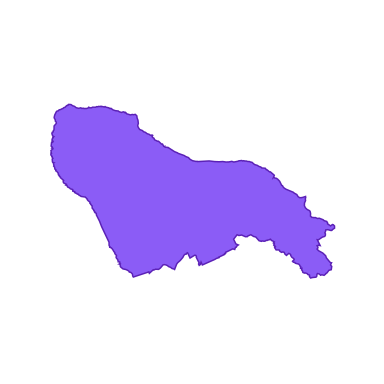 the district of Yankalilla, South Australia, Australia, rotated 64°
{"feature_id": "25037944B56627334914518", "entity_name": "Yankalilla", "entity_type": "district", "adm_level": 2, "iso_a3": "AUS", "parent_name": "Australia", "parent_adm1": "South Australia", "projection": "natural_earth1", "projection_center": [138.318, -35.494], "detail": "fine", "context": "isolated", "style": "filled", "palette": "violet", "viewbox_px": 384, "rotation_deg": 64, "n_neighbors": 0, "source": "geoboundaries", "source_scale": "gbopen_adm2", "svg_char_len": 6002}
<svg xmlns="http://www.w3.org/2000/svg" viewBox="0 0 384 384"><g transform="rotate(64 192 192)"><path d="M285.0,78.8L283.3,79.4L282.8,80.0L283.2,82.3L280.1,84.1L279.4,83.7L277.5,83.8L275.7,85.8L274.4,86.3L271.9,88.6L271.3,89.2L270.9,90.7L268.9,92.5L268.5,93.8L267.9,94.3L267.4,95.4L265.6,96.1L263.2,94.8L261.4,94.4L260.4,94.5L258.1,96.2L255.9,97.0L253.6,97.0L251.2,95.7L249.5,93.7L247.7,93.1L247.0,92.3L245.8,91.9L245.4,94.7L244.9,96.5L244.2,97.8L242.7,98.7L240.2,98.9L238.0,100.5L236.6,101.1L230.7,106.3L228.9,107.4L227.2,107.9L226.0,107.9L225.3,108.5L220.8,108.5L218.2,109.3L216.7,110.1L215.8,111.4L214.6,112.0L214.7,112.4L213.1,110.7L212.7,110.8L208.3,112.7L207.9,113.5L205.0,114.8L204.6,115.4L202.8,115.7L201.0,118.7L199.7,119.2L198.4,120.6L196.7,121.6L194.8,123.7L191.4,125.2L191.2,125.9L189.9,126.9L188.9,128.7L187.9,129.7L187.4,130.9L186.6,131.7L186.3,132.9L185.5,133.5L184.5,136.3L184.5,137.2L183.4,141.3L181.9,142.8L181.1,145.8L179.9,148.4L178.1,151.0L176.7,154.4L174.6,158.3L171.6,163.0L167.1,173.7L166.7,173.9L166.3,175.0L164.1,177.8L161.8,179.4L159.5,180.1L157.6,181.9L155.7,183.1L151.2,187.5L150.4,187.9L148.1,190.0L141.3,194.1L141.3,194.5L140.6,195.3L140.3,196.1L139.7,196.6L139.1,196.4L139.2,196.9L138.6,197.4L136.0,197.5L136.0,198.0L135.3,198.5L131.8,199.8L131.4,200.2L131.3,200.7L128.6,202.8L127.1,202.6L125.5,203.6L124.3,203.2L123.9,202.5L123.6,202.6L123.7,203.5L123.1,203.5L122.8,204.5L121.4,205.2L119.9,206.8L118.0,207.7L116.5,209.2L115.2,209.5L112.9,211.6L111.1,211.9L109.2,211.9L108.2,211.5L106.9,210.2L103.8,209.1L101.4,208.9L99.4,208.2L97.4,208.9L96.8,210.9L96.1,211.7L95.8,213.4L95.1,214.2L93.2,216.3L92.3,216.8L91.7,216.6L91.0,217.1L91.0,217.9L90.2,218.1L89.8,218.7L89.6,220.5L87.9,222.3L86.9,222.7L85.4,225.1L83.7,226.9L81.2,228.2L81.2,228.9L80.7,229.6L80.0,229.7L78.0,232.2L77.1,232.7L77.2,233.5L75.5,235.6L75.5,236.1L75.0,236.3L75.0,236.9L74.1,238.5L74.1,239.3L73.5,240.2L73.5,241.6L72.2,244.1L72.2,245.4L71.6,246.9L70.5,247.6L71.0,248.8L70.7,250.2L69.5,252.7L68.9,253.1L68.7,254.3L67.6,255.0L67.1,257.2L65.4,259.2L63.6,260.0L62.1,261.5L60.4,262.4L59.2,264.4L59.2,265.0L59.7,265.5L59.4,266.8L60.2,269.0L60.0,270.2L60.4,271.4L60.2,272.0L60.3,273.9L59.9,275.4L60.4,276.5L60.1,278.0L60.4,278.8L62.6,281.6L64.5,283.2L65.5,283.4L67.2,283.2L68.3,283.8L69.6,283.4L70.8,283.8L72.2,287.0L75.7,288.8L76.0,289.7L77.1,290.4L77.0,291.3L77.8,292.2L79.4,292.6L80.8,292.5L81.6,292.0L81.6,292.9L82.1,293.3L82.4,293.1L82.7,294.0L83.7,294.9L85.4,294.7L85.1,295.5L86.2,295.6L85.9,296.5L88.8,298.4L89.4,298.5L90.3,297.9L90.8,298.0L91.1,298.7L91.7,297.9L92.2,298.0L92.9,300.6L95.0,301.2L95.0,301.6L95.5,301.8L95.8,301.6L96.0,302.2L96.9,302.6L97.8,302.3L98.7,302.2L98.8,302.5L100.8,302.3L101.1,303.2L103.7,304.2L104.3,304.2L105.1,303.4L105.1,303.8L105.6,304.1L107.6,304.4L108.1,305.0L109.3,304.6L111.3,305.2L112.2,304.6L113.2,305.2L113.7,304.7L116.5,303.9L116.9,304.3L118.3,304.5L118.9,303.9L119.7,304.3L120.9,303.7L121.4,304.0L125.3,302.3L125.7,303.0L127.0,303.4L127.9,303.2L130.1,301.4L130.6,301.7L130.6,302.3L131.7,301.5L133.0,301.6L134.6,300.3L135.9,299.9L137.4,298.2L138.1,298.2L138.3,298.6L139.0,298.8L140.2,297.3L140.7,297.2L141.1,297.7L142.2,296.9L142.8,296.1L143.6,296.1L144.2,295.1L145.6,294.9L146.4,294.0L147.3,293.7L149.8,290.1L152.6,289.2L152.9,289.5L154.2,289.2L156.3,288.2L157.4,288.7L158.1,288.3L158.7,288.5L160.6,287.9L162.9,288.8L164.9,288.2L165.4,288.4L166.0,288.1L166.9,288.4L168.0,288.2L168.0,287.8L168.5,287.9L169.3,287.4L170.7,288.0L177.6,287.9L183.5,288.4L200.8,288.6L203.6,289.9L205.3,289.9L205.6,290.1L205.8,289.6L206.3,289.6L206.8,289.0L208.8,288.5L211.6,288.3L212.4,287.9L213.4,288.3L214.5,288.2L215.7,287.7L216.4,287.9L217.2,288.8L218.6,288.9L220.0,288.4L222.5,288.9L222.6,288.2L223.3,287.6L224.7,288.2L224.8,288.9L225.1,288.4L225.2,288.7L226.2,288.4L227.2,289.0L228.1,289.0L230.8,287.8L232.8,285.3L234.6,283.9L236.2,283.2L236.5,283.4L237.5,282.2L239.4,281.5L241.6,282.1L242.7,282.0L244.9,265.8L246.4,266.0L244.9,260.9L245.4,260.6L245.4,258.7L246.9,255.9L246.5,253.8L244.8,249.9L245.1,248.8L246.1,247.4L247.4,246.3L248.7,245.8L250.3,244.3L252.0,243.5L253.3,242.0L254.0,241.6L250.1,237.4L249.3,235.9L248.4,232.6L246.8,228.9L245.4,227.1L244.9,225.7L245.3,224.4L244.7,223.9L244.7,222.6L250.5,222.7L250.0,217.4L250.6,216.4L251.8,216.3L252.6,216.8L258.8,216.7L259.6,217.7L261.1,217.7L260.9,216.4L259.0,214.6L262.1,214.7L262.6,200.8L262.4,199.3L262.8,196.5L262.3,196.5L262.4,190.8L262.1,190.8L262.3,189.8L261.6,189.5L261.8,188.6L261.1,188.2L260.8,187.6L261.0,187.3L261.0,180.2L262.4,178.8L260.8,177.2L261.0,176.4L260.1,175.1L259.9,173.6L257.9,175.3L252.7,175.3L250.2,170.2L251.7,168.9L252.4,166.3L255.6,163.6L256.4,161.8L256.0,160.9L256.2,157.8L258.9,156.2L260.4,154.4L265.2,153.1L266.8,151.2L266.7,150.5L267.9,148.7L268.2,147.5L268.0,146.5L268.5,145.7L268.4,144.8L268.8,143.9L268.7,142.3L268.9,142.1L269.6,142.1L271.0,141.4L271.1,141.1L273.0,139.9L273.5,141.2L274.4,140.6L275.6,141.8L276.3,141.1L277.4,141.8L277.8,141.2L278.4,142.1L280.9,141.8L282.2,139.3L282.8,138.9L283.3,139.1L283.9,139.0L285.5,138.0L285.7,136.6L286.7,135.6L288.5,135.7L290.4,134.9L289.6,131.9L290.3,131.3L291.5,130.8L292.4,131.1L294.3,130.9L296.6,129.7L297.6,129.8L298.3,132.0L299.5,131.7L300.3,130.5L301.3,130.4L303.6,127.7L304.9,127.3L306.0,127.4L306.6,127.0L308.2,127.9L308.7,126.7L310.1,127.6L311.1,127.3L312.9,127.6L314.2,126.5L314.2,125.9L315.9,124.2L316.9,124.1L317.5,123.6L317.6,123.2L318.2,122.8L319.6,123.5L321.3,123.1L321.7,121.2L322.9,117.9L322.5,116.9L320.7,115.7L320.3,115.0L321.5,113.5L323.2,112.9L323.3,111.6L324.8,109.8L324.3,107.8L324.0,107.6L323.9,106.2L322.4,103.3L322.9,100.9L320.1,99.0L318.3,99.5L316.8,97.7L316.6,98.2L315.4,98.8L310.1,100.1L307.9,99.8L304.2,101.2L300.2,104.0L298.1,104.6L297.4,103.3L296.7,103.0L295.1,103.1L295.3,101.6L296.3,100.3L289.8,100.3L290.4,99.4L289.7,94.5L290.1,92.2L289.5,91.2L288.1,90.4L286.9,90.5L286.2,89.5L284.7,88.4L285.4,86.4L287.6,83.9L287.8,83.0L287.4,82.5L287.0,79.7L285.0,78.8Z" fill="#8b5cf6" stroke="#5b21b6" stroke-width="1.5"/></g></svg>